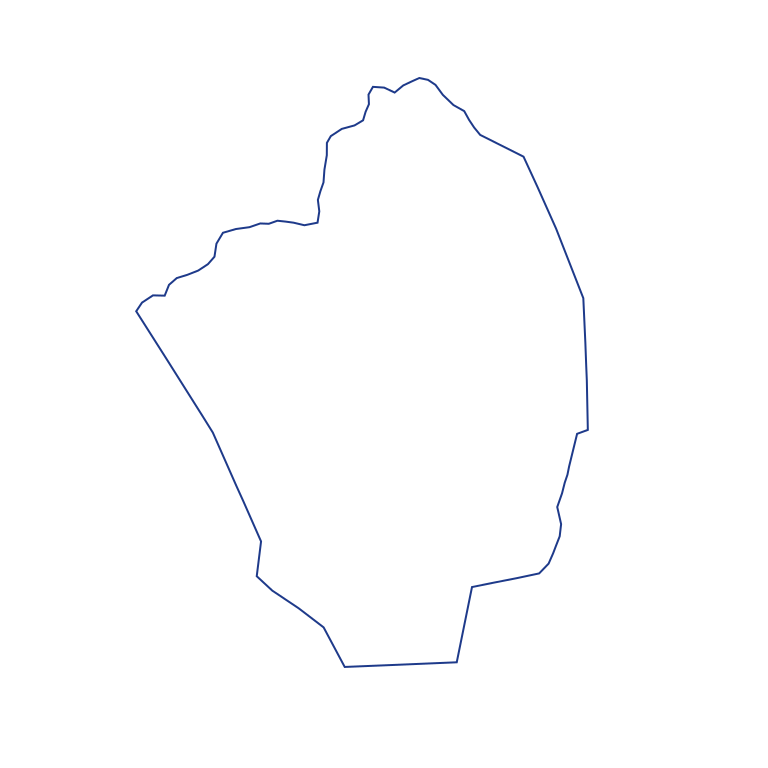 Barreira, Ceará, Brazil (Natural Earth projection), rotated 163°
{"feature_id": "56859067B94020950784274", "entity_name": "Barreira", "entity_type": "district", "adm_level": 2, "iso_a3": "BRA", "parent_name": "Brazil", "parent_adm1": "Ceará", "projection": "natural_earth1", "projection_center": [-38.623, -4.321], "detail": "fine", "context": "isolated", "style": "outline", "palette": "blue", "viewbox_px": 768, "rotation_deg": 163, "n_neighbors": 0, "source": "geoboundaries", "source_scale": "gbopen_adm2", "svg_char_len": 1197}
<svg xmlns="http://www.w3.org/2000/svg" viewBox="0 0 768 768"><g transform="rotate(163 384 384)"><path d="M202.5,280.5L189.0,328.1L185.3,342.3L179.3,364.9L168.3,407.8L174.0,482.2L179.6,527.5L184.1,560.6L219.2,594.1L222.8,602.9L225.4,611.6L227.5,621.5L236.0,630.4L243.2,643.3L247.3,655.0L253.0,662.0L260.8,666.3L268.6,665.3L278.3,663.9L288.6,659.6L297.2,667.4L307.7,671.4L314.2,665.3L316.6,656.0L322.0,649.7L326.9,642.3L336.6,639.9L349.8,640.3L362.4,636.6L368.1,631.3L371.8,619.5L378.3,606.4L382.9,594.5L388.5,586.9L393.4,579.4L395.4,568.0L400.4,557.7L413.7,559.1L423.3,564.7L430.9,568.2L438.2,571.3L447.3,570.9L455.4,573.7L466.8,573.3L480.3,575.5L493.8,575.7L503.2,567.2L508.9,555.3L517.3,550.1L528.5,546.8L540.2,545.9L551.2,545.9L560.6,541.7L567.9,532.6L579.0,536.3L591.6,532.6L599.7,526.0L584.7,471.7L566.8,406.0L561.9,387.6L554.9,329.1L552.8,313.0L547.6,269.4L561.9,237.4L551.2,219.0L531.2,194.5L512.9,168.9L504.3,124.9L454.6,111.9L395.8,96.6L359.2,164.1L336.8,161.9L313.7,159.5L291.0,157.5L279.1,164.1L271.8,172.6L266.9,178.9L260.5,187.0L255.6,198.2L254.3,215.7L245.7,227.4L240.0,236.8L235.1,243.6L231.1,251.0L213.9,279.9L202.5,280.5Z" fill="none" stroke="#1e3a8a" stroke-width="2"/></g></svg>